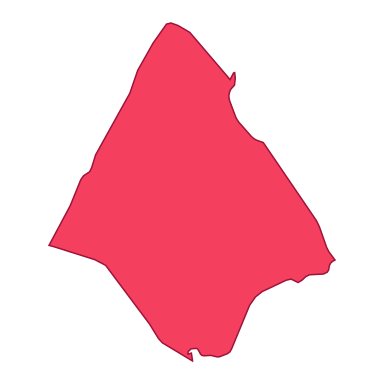 the border of Tadjourah
{"feature_id": "DJI-1571", "entity_name": "Tadjourah", "entity_type": "Region", "adm_level": 1, "iso_a3": "DJI", "parent_name": "Djibouti", "parent_adm1": "", "projection": "equal_earth", "projection_center": [42.622, 12.035], "detail": "fine", "context": "isolated", "style": "filled", "palette": "rose", "viewbox_px": 384, "rotation_deg": 0, "n_neighbors": 0, "source": "natural_earth", "source_scale": "10m", "svg_char_len": 1017}
<svg xmlns="http://www.w3.org/2000/svg" viewBox="0 0 384 384"><path d="M49.0,245.4L70.3,205.5L80.7,179.9L83.5,175.8L89.6,171.8L91.7,167.5L95.6,154.9L129.9,93.1L137.7,70.4L153.2,42.9L166.5,24.1L171.0,23.0L178.0,25.5L189.8,32.4L230.1,79.6L233.5,73.0L234.7,72.6L235.3,78.2L234.5,85.1L231.1,88.9L230.1,90.7L229.4,92.8L228.9,95.4L229.0,98.0L229.6,100.7L235.7,117.0L237.0,119.5L238.9,122.3L251.7,136.8L254.1,138.8L256.7,140.2L263.3,142.6L316.4,220.6L319.4,226.8L326.7,247.5L328.9,251.8L335.0,260.0L332.5,261.4L330.7,263.0L329.5,265.3L328.6,270.1L327.2,272.2L323.6,274.0L309.5,274.8L305.8,276.6L302.0,280.2L298.1,282.5L291.1,279.1L286.2,280.2L262.3,291.5L255.5,296.9L249.6,305.3L231.6,348.9L229.9,351.9L227.4,353.7L219.4,356.8L217.1,356.9L210.9,355.4L204.1,355.8L201.9,355.4L200.5,354.1L198.1,349.6L196.7,348.4L191.1,348.8L188.1,351.7L188.0,354.1L191.4,353.1L192.5,360.6L192.5,361.0L162.5,342.9L158.6,338.7L149.5,324.0L105.6,265.3L94.9,259.7L53.2,246.5L49.0,245.4Z" fill="#f43f5e" stroke="#9f1239" stroke-width="1.5"/></svg>